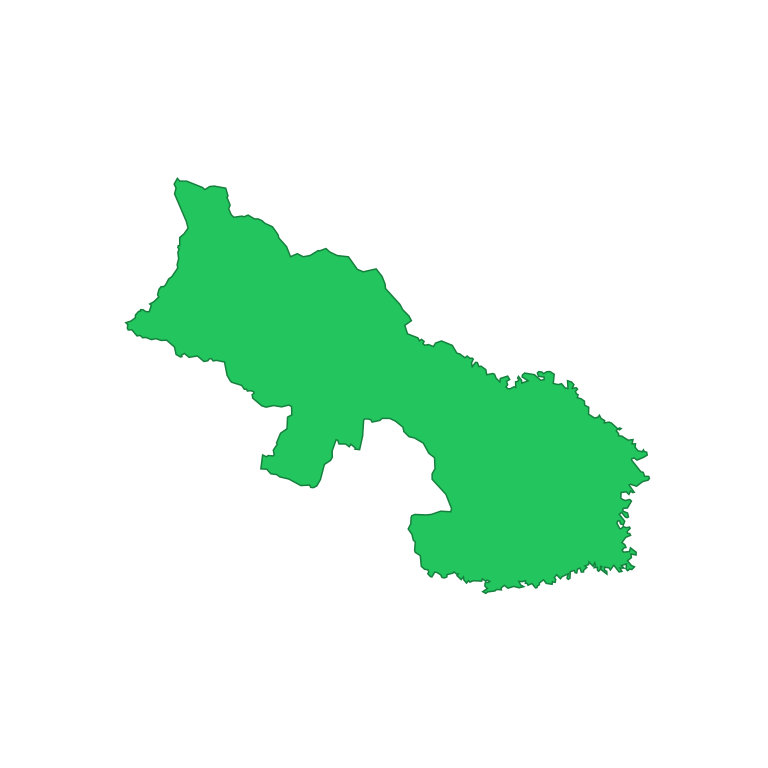 Bagé, Rio Grande do Sul, Brazil (Mercator projection), rotated 64°
{"feature_id": "56859067B38463954563112", "entity_name": "Bagé", "entity_type": "district", "adm_level": 2, "iso_a3": "BRA", "parent_name": "Brazil", "parent_adm1": "Rio Grande do Sul", "projection": "mercator", "projection_center": [-53.953, -31.246], "detail": "fine", "context": "isolated", "style": "filled", "palette": "green", "viewbox_px": 768, "rotation_deg": 64, "n_neighbors": 0, "source": "geoboundaries", "source_scale": "gbopen_adm2", "svg_char_len": 6172}
<svg xmlns="http://www.w3.org/2000/svg" viewBox="0 0 768 768"><g transform="rotate(64 384 384)"><path d="M427.7,511.2L438.8,503.3L442.3,495.1L444.8,495.2L446.2,492.9L446.1,489.0L442.1,483.1L430.2,472.9L429.2,465.5L427.2,462.6L421.4,459.9L413.2,451.6L414.3,450.3L418.2,450.7L421.0,444.9L425.2,442.7L423.6,440.2L428.8,437.8L429.8,438.7L432.3,434.7L421.5,426.1L407.3,418.0L407.0,416.4L408.7,413.3L410.5,411.5L413.0,411.4L414.9,403.7L414.1,400.7L417.4,394.0L422.5,389.9L431.2,385.9L435.4,387.0L442.4,384.6L445.8,380.3L454.4,374.6L465.9,374.1L472.4,370.9L482.5,375.3L485.9,380.2L490.8,382.5L510.3,376.7L525.6,377.9L528.1,380.1L523.2,388.7L522.0,398.5L520.2,403.5L514.8,413.4L514.6,416.8L515.8,418.1L521.5,421.3L524.9,425.8L531.4,424.8L537.2,426.1L539.6,425.1L547.1,429.5L549.1,429.7L554.1,426.6L564.2,430.4L568.2,428.8L570.3,426.0L572.4,426.1L573.7,427.8L577.5,426.7L578.4,425.5L575.4,421.0L576.2,419.4L580.3,416.7L583.4,416.7L584.9,414.4L584.9,412.0L583.0,411.0L584.2,404.9L583.6,403.4L586.7,402.1L587.3,400.6L588.2,402.4L593.7,400.4L592.3,397.2L595.3,398.1L599.1,397.1L597.8,394.3L599.8,393.6L599.9,390.1L604.0,382.6L602.3,381.0L605.4,379.3L605.4,377.4L607.7,375.4L608.2,377.3L606.7,379.4L607.6,380.7L610.0,381.9L613.2,380.7L613.9,386.3L616.8,384.3L616.3,382.0L618.6,375.1L618.1,372.8L620.5,368.7L618.7,368.2L617.7,364.2L621.9,362.1L622.8,356.1L626.4,351.9L627.4,347.3L624.4,349.3L620.4,349.3L622.2,346.6L622.8,343.0L625.0,344.3L626.2,342.7L628.0,342.8L628.2,338.5L633.7,337.2L634.1,335.7L632.8,334.8L632.5,332.3L631.0,331.6L629.9,326.4L634.3,325.6L637.7,320.7L635.7,319.3L637.3,317.1L635.1,315.4L632.7,315.8L631.1,312.4L636.4,310.8L635.2,308.2L635.4,301.6L638.7,304.7L640.4,304.0L640.1,302.0L634.3,298.8L635.0,294.7L637.4,294.9L638.4,293.7L635.2,291.2L635.4,288.6L639.6,289.1L640.4,287.0L638.9,286.3L637.8,282.1L635.7,283.2L636.0,279.2L633.8,277.8L639.5,276.0L637.1,273.0L639.7,273.4L641.3,275.5L642.2,272.7L645.1,273.8L646.4,273.1L645.3,270.6L652.6,267.0L650.0,265.9L648.0,267.4L645.3,266.0L648.1,262.2L650.4,262.1L647.6,256.9L656.0,255.1L656.7,252.3L652.8,252.6L654.7,249.0L651.3,250.2L652.0,245.0L656.4,247.5L658.6,246.9L658.1,244.3L659.4,242.6L658.1,239.0L655.6,241.2L649.6,242.6L648.5,237.7L645.1,236.7L648.2,232.4L645.7,231.1L639.3,234.3L642.2,236.9L640.2,242.3L637.6,242.9L636.5,239.7L637.0,238.2L634.0,238.0L630.8,239.7L627.8,233.9L628.1,228.7L626.1,228.7L624.9,230.5L623.1,230.1L621.7,226.1L620.2,226.0L619.4,229.2L617.0,231.4L618.0,234.4L617.2,235.5L611.1,235.7L609.6,234.0L610.3,232.2L613.4,232.7L615.6,230.7L612.9,227.8L604.2,229.7L603.5,226.7L609.2,225.5L610.8,224.0L610.6,222.5L606.7,221.7L603.3,224.7L601.8,224.6L600.6,223.6L602.2,219.6L597.7,212.9L595.5,213.8L594.5,218.3L591.9,220.5L590.3,221.1L585.5,218.5L587.1,213.5L590.6,212.3L588.3,209.3L590.6,208.1L591.0,206.6L582.2,208.0L582.1,206.5L586.6,201.8L585.1,194.2L586.2,188.8L585.3,186.9L583.1,186.6L581.1,190.3L577.1,189.7L575.5,191.6L561.1,194.8L559.8,194.2L560.1,191.6L563.3,190.0L563.7,182.6L563.3,178.6L560.5,177.8L558.8,179.6L556.9,179.7L558.1,181.5L555.2,185.1L550.9,186.0L548.0,184.2L546.6,187.3L543.1,184.6L541.6,189.1L535.0,193.2L533.4,195.9L531.5,194.9L527.9,195.8L526.8,193.5L518.6,196.8L516.9,198.5L515.5,203.1L513.6,201.7L510.1,204.0L506.5,204.1L507.7,206.4L506.8,209.7L500.8,213.4L494.7,210.2L491.1,212.9L487.2,211.4L483.6,213.4L481.1,216.3L478.7,214.2L477.2,215.4L474.6,215.2L473.5,212.3L471.7,212.8L470.4,216.7L467.8,213.6L464.4,214.6L461.5,217.6L468.7,220.6L467.0,222.9L461.6,224.3L460.8,227.9L457.7,231.6L449.9,226.8L445.6,229.3L444.3,232.4L444.7,236.0L442.4,236.9L440.7,239.5L441.3,241.3L444.9,241.7L447.9,237.1L450.2,238.1L449.4,241.5L441.6,244.7L435.8,252.8L436.6,255.7L438.2,256.7L444.3,253.1L443.7,259.6L440.7,258.8L436.1,259.8L437.3,261.3L439.3,261.0L440.3,262.7L439.7,264.8L444.9,267.1L443.5,268.4L443.6,272.9L442.5,274.7L440.0,275.7L438.9,273.2L435.3,272.7L435.1,269.1L431.1,269.4L430.0,277.0L432.9,279.0L427.8,280.7L423.6,280.4L422.3,281.6L420.7,287.6L415.7,286.2L410.5,289.0L409.9,291.1L405.6,290.7L404.7,292.2L407.1,297.1L403.4,296.1L400.9,292.9L399.5,293.3L398.6,295.5L395.3,297.0L395.9,299.7L390.2,302.7L388.2,305.0L379.2,305.7L370.5,313.5L369.8,319.7L372.0,323.1L368.1,326.7L367.1,330.3L364.9,331.3L363.3,329.3L360.3,330.7L360.8,333.2L357.4,333.3L349.2,340.9L340.4,339.6L339.1,331.6L333.8,331.8L325.4,334.6L319.5,334.8L298.9,340.8L294.5,339.2L286.5,338.6L277.1,340.6L274.1,353.4L269.3,357.7L254.1,360.2L248.1,369.7L241.5,374.9L236.8,376.8L236.1,383.6L235.2,384.6L236.1,394.0L234.3,400.7L228.9,404.8L228.6,412.2L217.8,411.4L206.8,414.5L203.4,413.8L193.9,415.3L187.4,420.6L183.8,422.0L180.6,424.6L178.9,428.0L172.6,432.1L172.4,436.4L170.8,438.2L168.3,445.9L165.0,447.1L158.4,446.8L155.8,443.9L147.3,443.3L146.6,441.8L138.6,440.4L131.6,450.0L130.1,454.2L130.8,459.7L127.8,461.0L115.2,472.4L112.1,478.6L108.6,479.6L112.4,485.0L116.7,485.0L121.3,488.9L151.4,490.4L158.0,491.8L161.3,497.7L162.8,503.4L170.0,506.9L169.5,508.3L171.0,509.5L172.8,509.0L175.4,511.6L181.5,513.7L186.0,517.6L189.3,518.5L194.5,527.6L195.2,531.5L199.2,536.9L199.9,539.3L198.8,541.7L200.3,544.8L204.6,548.4L207.1,548.3L209.2,554.9L209.4,559.5L211.2,558.6L216.1,563.3L214.5,566.4L211.5,568.1L210.5,570.2L211.7,570.8L211.2,572.8L213.0,577.1L215.5,578.5L216.5,584.0L215.7,589.2L218.2,588.2L221.3,590.2L223.3,590.2L224.7,586.9L232.5,584.9L233.5,581.8L236.7,580.6L237.8,577.6L242.2,573.5L243.2,569.2L247.1,565.3L249.3,560.2L258.8,556.1L266.3,557.9L270.5,555.1L270.8,553.6L269.3,553.5L269.1,550.0L274.6,547.5L277.0,539.4L284.8,536.0L285.9,532.2L284.9,530.1L285.5,528.0L288.3,527.5L289.4,524.1L294.3,517.7L307.3,521.2L313.8,520.8L315.6,520.2L322.9,512.5L327.4,511.9L328.3,509.9L330.4,509.9L331.7,506.5L333.8,504.6L335.4,504.9L335.8,507.2L339.1,508.2L349.9,503.5L353.1,500.2L355.0,492.6L359.7,486.0L361.2,478.7L363.8,477.0L371.3,480.4L371.5,485.2L381.7,490.8L382.9,498.6L389.8,506.4L391.4,506.4L394.9,512.5L399.5,513.7L400.1,515.1L397.5,519.5L398.0,521.5L394.6,524.2L406.3,531.9L409.2,526.7L415.1,525.1L418.3,520.2L421.8,518.4L427.7,511.2ZM645.3,270.6L642.8,269.2L643.7,268.3L645.3,270.6ZM526.8,193.5L528.4,192.5L528.1,190.4L526.8,191.4L526.8,193.5Z" fill="#22c55e" stroke="#15803d" stroke-width="1.5"/></g></svg>